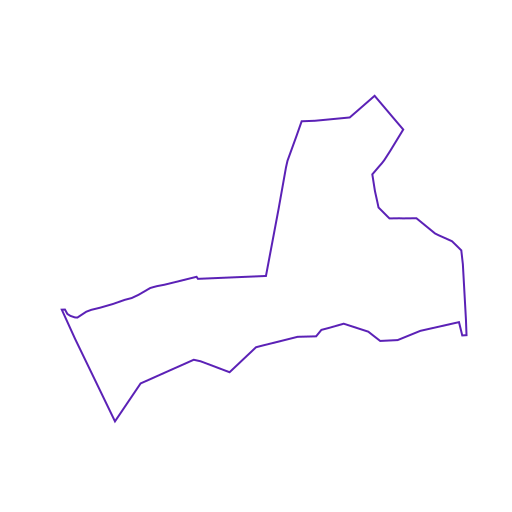 outline of Isaías Coelho, Piauí, Brazil, rotated 257°
{"feature_id": "56859067B49584523794073", "entity_name": "Isaías Coelho", "entity_type": "district", "adm_level": 2, "iso_a3": "BRA", "parent_name": "Brazil", "parent_adm1": "Piauí", "projection": "robinson", "projection_center": [-41.638, -7.616], "detail": "fine", "context": "isolated", "style": "outline", "palette": "violet", "viewbox_px": 512, "rotation_deg": 257, "n_neighbors": 0, "source": "geoboundaries", "source_scale": "gbopen_adm2", "svg_char_len": 1139}
<svg xmlns="http://www.w3.org/2000/svg" viewBox="0 0 512 512"><g transform="rotate(257 256 256)"><path d="M132.2,439.1L131.5,443.3L146.5,446.2L201.4,455.7L215.3,457.3L219.6,454.6L226.3,450.3L235.3,438.4L237.7,435.5L256.7,420.8L259.6,407.6L260.5,404.2L262.6,394.5L265.4,392.7L275.7,386.3L281.9,386.4L292.3,386.5L295.4,386.7L309.4,387.7L315.6,396.1L318.2,399.7L320.5,402.5L328.2,410.4L346.1,427.9L357.1,422.2L359.8,420.8L363.7,418.8L385.4,407.6L375.8,389.6L369.9,378.5L374.5,343.9L377.0,330.8L363.6,322.3L343.7,309.4L341.7,308.1L335.7,305.2L320.0,298.5L296.8,288.6L234.3,261.2L246.8,194.3L249.1,193.4L248.6,160.4L248.9,152.8L248.8,149.3L248.6,145.7L244.6,132.8L243.0,125.4L242.8,118.2L241.4,105.5L240.7,92.6L240.6,83.4L239.9,78.1L236.2,68.1L236.9,65.7L239.4,61.7L241.9,59.2L246.8,57.8L247.4,54.7L216.3,61.0L126.6,81.4L157.8,114.9L161.0,131.4L164.6,149.8L168.9,172.0L165.9,178.3L148.7,204.1L167.1,235.5L167.3,243.2L167.6,262.4L167.9,278.4L164.2,296.5L169.3,303.1L169.5,310.1L170.3,326.2L157.0,348.4L152.4,352.1L145.3,357.9L142.2,375.1L145.2,393.7L146.1,399.3L145.9,438.9L132.2,439.1Z" fill="none" stroke="#5b21b6" stroke-width="2"/></g></svg>